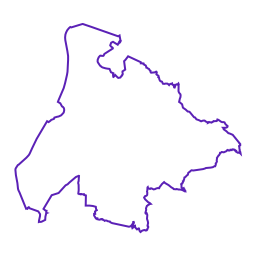 Atoyac, Jalisco, Mexico (Robinson projection)
{"feature_id": "50627088B59976990100146", "entity_name": "Atoyac", "entity_type": "district", "adm_level": 2, "iso_a3": "MEX", "parent_name": "Mexico", "parent_adm1": "Jalisco", "projection": "robinson", "projection_center": [-103.437, 20.007], "detail": "fine", "context": "isolated", "style": "outline", "palette": "violet", "viewbox_px": 256, "rotation_deg": 0, "n_neighbors": 0, "source": "geoboundaries", "source_scale": "gbopen_adm2", "svg_char_len": 5869}
<svg xmlns="http://www.w3.org/2000/svg" viewBox="0 0 256 256"><path d="M19.5,192.4L26.1,208.7L26.5,208.5L27.4,208.8L27.8,207.8L28.8,207.2L29.7,208.3L38.3,211.4L40.1,214.2L40.0,216.1L39.0,220.6L38.9,222.0L39.6,221.8L40.6,221.9L41.6,221.7L45.2,219.9L45.4,216.7L46.1,213.8L46.3,213.2L46.8,213.0L46.2,212.8L46.5,210.8L45.7,210.7L43.5,208.9L51.7,195.2L58.6,193.0L65.6,185.3L67.6,184.3L69.3,182.6L75.9,177.0L78.8,175.8L79.0,175.9L78.6,181.3L78.3,181.9L78.2,183.2L78.6,184.7L78.7,190.1L78.2,194.4L78.3,194.1L80.9,194.0L80.9,194.3L84.0,194.2L84.2,195.1L85.7,195.3L85.9,195.4L85.7,205.6L89.5,205.6L92.9,206.0L95.8,206.8L96.1,209.2L96.7,209.9L96.8,210.2L96.1,210.5L95.0,211.5L95.2,213.9L94.1,213.9L94.1,215.5L95.8,218.3L96.0,218.2L97.3,218.3L97.2,219.2L99.4,219.7L100.7,219.4L101.1,219.0L102.4,219.1L102.5,219.7L103.1,219.8L104.3,220.4L104.6,220.8L105.2,220.5L106.1,220.5L106.9,220.7L107.7,221.2L110.0,221.6L110.2,222.2L112.1,223.1L128.9,226.7L130.0,226.5L131.1,225.8L132.2,224.5L133.2,222.8L133.2,222.0L133.7,221.9L133.9,222.3L133.9,222.8L132.1,227.1L132.4,228.1L133.8,227.0L134.4,226.0L135.0,225.8L135.0,226.5L135.6,227.9L137.0,229.4L138.2,228.6L138.7,228.4L139.0,228.5L139.4,230.4L139.8,231.2L140.5,232.0L141.9,230.8L143.5,230.2L144.9,230.0L145.4,230.5L146.6,230.4L147.2,229.8L147.3,229.5L147.1,229.4L148.2,227.4L148.2,226.6L147.9,226.0L147.6,226.0L147.5,225.7L148.1,223.0L147.8,221.3L147.0,218.8L147.3,215.0L146.6,213.0L146.1,212.6L145.8,212.7L145.5,213.1L145.4,212.9L146.2,209.8L146.0,208.3L146.9,205.9L147.6,205.5L147.9,205.1L149.1,204.5L149.5,204.1L150.7,203.9L149.6,202.9L148.3,202.3L145.1,199.3L144.1,197.6L144.1,197.4L144.8,196.8L145.0,196.2L146.3,195.8L146.9,195.3L147.2,194.8L147.3,192.6L147.0,191.5L147.3,190.5L147.5,187.4L147.8,187.1L148.1,188.2L148.5,188.6L149.4,188.6L149.8,188.9L150.3,188.9L150.8,188.6L151.0,188.3L151.8,188.5L153.6,189.4L155.1,189.1L155.7,188.7L157.4,188.1L159.2,188.2L159.4,187.4L162.0,184.0L164.1,182.1L165.0,183.0L168.6,185.1L171.4,187.4L172.9,188.2L173.7,189.1L176.1,189.3L176.6,189.0L178.5,189.5L180.8,189.6L182.5,190.1L184.9,191.4L185.2,191.4L184.7,190.5L184.9,190.4L184.7,190.2L184.5,189.3L184.0,188.9L183.7,188.1L183.4,188.3L182.4,188.4L181.5,187.3L181.5,185.4L181.3,184.7L181.4,184.4L181.2,184.1L181.9,183.5L182.2,183.6L182.4,183.4L182.4,182.9L182.8,182.5L183.0,182.0L182.9,181.3L183.5,181.1L183.6,180.3L183.8,180.2L184.2,178.9L184.4,177.5L185.4,177.0L187.0,175.3L187.8,174.8L187.9,174.6L188.3,172.8L190.1,171.5L190.6,170.9L191.5,170.3L193.4,170.5L203.0,169.1L205.0,168.5L206.0,168.0L210.6,167.6L212.8,167.2L214.7,166.1L215.2,166.2L215.8,164.7L215.7,163.4L216.4,162.7L216.9,161.4L216.7,160.4L217.0,158.6L216.9,158.0L218.6,155.4L219.0,155.3L219.7,154.2L220.0,153.0L220.3,153.1L221.7,152.0L223.8,152.3L226.5,151.1L227.1,150.2L227.8,149.9L228.5,150.5L229.2,150.6L230.1,150.3L230.3,149.8L231.0,149.9L231.1,149.7L231.4,149.7L231.6,150.1L231.8,150.1L231.9,149.8L232.8,149.3L234.2,149.6L234.3,150.0L234.9,150.5L235.2,150.2L235.5,150.5L235.5,150.9L235.7,151.0L236.0,151.5L236.3,151.3L236.4,151.9L236.9,152.1L237.2,152.4L238.0,152.8L238.6,152.4L238.8,152.4L239.4,152.8L239.6,152.7L240.1,152.9L240.1,153.2L240.6,153.7L240.3,152.0L239.6,150.3L239.7,149.6L239.4,148.6L239.4,147.6L239.1,146.4L239.4,146.1L239.3,145.8L240.0,145.5L240.3,145.1L240.1,144.4L240.2,144.1L239.6,143.5L239.7,143.4L232.7,134.8L229.4,133.4L228.4,133.2L226.5,131.3L223.7,129.3L223.5,128.3L223.1,127.8L225.4,127.8L226.8,127.4L227.4,126.9L227.6,126.1L225.5,124.2L224.5,122.4L223.6,122.1L222.0,122.1L221.2,121.8L218.5,119.9L217.4,119.5L217.0,120.8L217.3,120.8L216.9,121.0L216.7,120.8L216.4,121.0L214.3,121.2L213.6,121.1L213.4,121.5L213.0,121.6L212.6,122.0L212.2,122.0L211.6,122.6L209.6,122.1L207.9,122.9L208.0,122.2L207.5,122.3L205.5,121.4L205.0,120.8L204.1,120.5L202.7,120.7L201.1,121.3L199.0,120.2L196.4,119.3L195.1,117.5L194.0,117.2L189.7,112.0L188.9,111.6L187.7,111.5L185.7,109.6L183.1,107.8L182.9,107.5L182.1,104.3L179.5,102.1L179.1,101.9L179.9,98.5L180.4,97.3L180.6,95.6L180.5,94.6L180.3,94.1L179.5,93.3L178.8,92.1L178.5,91.1L178.6,85.9L178.4,85.4L178.8,84.6L178.4,83.5L177.4,84.6L176.6,84.3L175.6,84.8L174.7,87.5L174.3,87.5L174.0,87.1L173.7,84.8L172.6,84.8L172.1,84.3L172.0,83.5L171.3,83.9L170.4,83.9L169.7,84.3L169.1,85.1L167.9,83.9L167.2,83.6L165.4,83.6L164.2,83.9L162.9,83.7L162.0,81.7L161.1,81.3L160.6,81.3L159.9,80.6L159.4,79.5L158.9,77.3L158.3,77.2L158.5,75.9L158.1,75.5L156.9,74.8L156.4,74.3L156.8,72.4L156.4,71.7L156.0,71.7L154.6,72.4L151.1,72.7L150.5,71.9L150.5,70.8L149.8,70.4L149.0,69.0L148.1,68.6L147.0,67.7L146.4,67.7L145.9,65.8L145.5,65.3L144.5,64.9L144.1,64.5L143.6,64.3L143.6,63.5L142.9,63.3L140.8,63.3L140.8,62.2L128.1,56.3L125.4,59.9L124.1,61.2L125.2,69.6L122.5,71.4L122.5,72.7L122.7,73.4L122.7,74.3L122.1,75.4L121.9,75.3L120.4,77.5L118.3,77.9L117.9,77.7L115.1,74.9L113.8,76.9L114.1,77.3L113.3,76.9L113.0,74.8L113.3,73.2L111.0,72.3L109.5,68.9L107.7,68.7L105.5,68.3L102.7,67.5L101.5,66.9L100.9,66.2L100.1,65.7L97.9,62.4L97.6,61.5L97.7,59.7L98.7,57.3L100.0,55.8L100.8,55.6L101.9,55.9L103.2,55.9L103.7,55.5L104.4,53.9L112.8,48.5L112.8,48.0L112.5,47.6L110.9,46.4L110.2,45.3L111.2,42.7L113.0,41.8L117.7,44.7L118.2,43.7L118.5,43.7L119.2,42.9L119.7,42.4L120.0,42.4L120.5,41.4L119.5,41.4L120.4,40.1L119.6,35.8L119.4,35.8L119.4,35.6L118.2,36.3L117.3,36.0L91.1,26.8L82.8,24.0L82.4,24.0L71.3,27.4L70.3,27.0L68.9,28.2L67.2,30.3L66.1,32.5L65.4,34.6L65.1,37.5L65.3,40.1L67.4,51.2L68.1,56.0L68.1,60.0L67.5,71.8L67.0,74.8L65.1,83.1L63.7,88.1L58.7,99.8L57.9,101.9L60.3,103.3L62.0,106.4L63.0,107.0L63.8,108.0L64.1,109.0L64.2,110.2L63.8,112.2L63.5,112.8L61.2,115.3L58.6,116.5L57.0,116.8L54.4,117.6L53.9,118.9L51.2,119.9L50.6,120.6L48.6,122.1L47.1,121.2L36.7,138.8L32.2,148.1L29.7,153.6L28.8,155.1L26.4,157.7L18.6,164.7L17.8,165.1L16.0,167.9L15.6,168.6L15.4,169.8L15.9,175.1L17.4,183.1L18.0,188.8L18.5,190.4L19.5,192.4Z" fill="none" stroke="#5b21b6" stroke-width="2"/></svg>